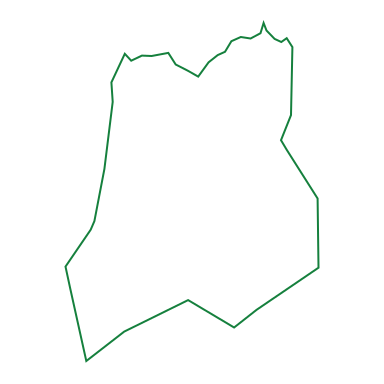 outline of Encanto, Rio Grande do Norte, Brazil
{"feature_id": "56859067B83972038647680", "entity_name": "Encanto", "entity_type": "district", "adm_level": 2, "iso_a3": "BRA", "parent_name": "Brazil", "parent_adm1": "Rio Grande do Norte", "projection": "natural_earth1", "projection_center": [-38.305, -6.133], "detail": "fine", "context": "isolated", "style": "outline", "palette": "green", "viewbox_px": 384, "rotation_deg": 0, "n_neighbors": 0, "source": "geoboundaries", "source_scale": "gbopen_adm2", "svg_char_len": 567}
<svg xmlns="http://www.w3.org/2000/svg" viewBox="0 0 384 384"><path d="M124.8,53.8L111.4,82.4L112.7,101.9L104.4,169.0L94.4,221.1L90.7,229.7L65.5,266.6L70.2,288.4L86.3,361.0L124.2,331.6L188.1,300.1L234.1,327.5L256.6,309.8L318.5,267.7L317.6,198.5L286.6,149.6L281.0,140.2L291.0,115.1L292.4,47.1L286.7,38.2L281.3,42.0L274.6,38.9L266.5,30.5L263.6,23.0L260.5,33.2L250.6,38.5L240.8,37.0L231.4,41.2L225.0,51.8L217.7,55.1L208.6,62.3L198.2,76.6L187.8,70.7L175.7,64.5L168.3,52.9L151.6,56.0L141.9,55.6L131.2,60.7L124.8,53.8Z" fill="none" stroke="#15803d" stroke-width="2"/></svg>